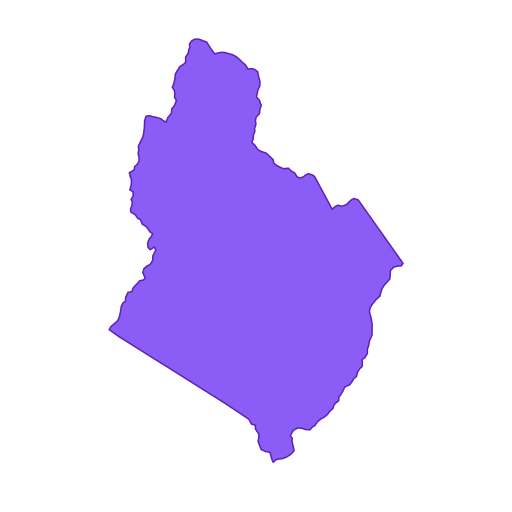 Nova Canaã, Bahia, Brazil (orthographic projection), rotated 15°
{"feature_id": "56859067B27684266688580", "entity_name": "Nova Canaã", "entity_type": "district", "adm_level": 2, "iso_a3": "BRA", "parent_name": "Brazil", "parent_adm1": "Bahia", "projection": "orthographic", "projection_center": [-40.194, -14.851], "detail": "fine", "context": "isolated", "style": "filled", "palette": "violet", "viewbox_px": 512, "rotation_deg": 15, "n_neighbors": 0, "source": "geoboundaries", "source_scale": "gbopen_adm2", "svg_char_len": 3218}
<svg xmlns="http://www.w3.org/2000/svg" viewBox="0 0 512 512"><g transform="rotate(15 256 256)"><path d="M291.3,415.5L295.1,419.5L299.2,419.7L300.1,423.0L302.2,425.1L304.8,427.1L305.7,430.8L305.9,434.3L308.4,438.0L311.2,441.6L315.9,442.4L320.1,442.0L322.4,445.5L323.9,448.3L326.0,450.7L328.2,447.5L330.7,446.1L333.7,445.0L337.6,442.3L341.1,438.3L343.2,434.2L341.1,430.1L338.9,426.1L338.2,422.6L335.8,421.0L336.3,417.7L337.6,414.2L341.2,411.1L345.3,410.6L349.2,410.8L353.2,409.8L354.6,406.8L356.8,404.5L358.2,400.3L360.7,396.8L363.5,394.1L365.7,391.1L367.5,386.9L369.8,383.2L369.9,379.7L371.3,377.0L373.3,374.5L372.7,370.8L374.0,367.2L374.9,364.0L375.7,359.4L379.8,356.2L381.3,352.5L382.2,349.2L384.2,346.4L384.1,342.0L385.4,338.0L387.1,335.3L386.4,331.7L385.3,328.6L387.4,326.1L388.8,321.4L387.7,317.3L388.0,313.4L387.6,308.5L388.1,305.2L388.5,302.0L387.5,298.4L386.5,294.2L385.6,291.2L384.2,288.2L382.9,285.4L381.2,282.8L379.7,279.6L379.8,275.7L381.2,271.7L383.3,267.0L386.1,262.6L386.0,258.4L386.3,254.5L387.7,250.2L389.6,246.9L391.2,243.5L390.6,239.7L389.6,235.4L391.9,231.1L395.7,229.0L398.9,227.9L399.9,225.0L340.1,175.3L335.7,175.1L333.6,177.1L331.9,179.6L330.1,182.8L326.3,185.7L321.9,185.7L319.5,188.0L317.5,191.1L291.9,163.9L288.8,163.0L285.1,163.0L282.9,165.0L281.1,167.5L277.8,169.4L275.1,168.8L271.9,165.8L268.0,164.7L264.5,162.8L260.3,164.5L257.3,164.2L253.5,163.4L249.4,161.9L247.5,158.4L245.0,157.0L242.1,155.5L238.9,153.9L234.1,153.7L230.3,152.8L226.6,149.5L222.5,147.3L223.0,144.1L222.2,139.6L222.7,136.0L221.6,133.3L221.9,128.9L220.4,125.3L220.2,121.6L222.5,117.6L221.8,113.1L222.1,109.3L218.9,104.5L215.4,102.5L215.1,99.2L214.9,95.1L215.7,90.5L214.5,86.1L211.9,81.7L209.9,77.5L206.0,76.0L203.0,76.2L199.9,77.5L196.2,74.0L193.0,72.6L189.9,70.8L185.7,68.7L181.2,67.6L177.7,67.6L173.2,67.5L169.5,68.3L166.8,69.8L163.6,71.4L161.4,69.5L158.2,67.0L155.8,64.8L152.8,62.0L149.5,61.8L145.0,61.3L140.8,62.3L138.0,65.1L136.9,68.4L138.0,71.4L137.7,74.4L138.0,77.6L136.5,82.2L137.9,86.8L136.5,89.4L133.4,92.8L132.1,97.0L131.0,101.0L131.7,105.0L132.0,110.0L131.5,114.7L134.5,117.5L135.6,120.6L136.3,123.9L138.9,126.5L138.2,132.1L136.5,135.7L137.4,139.9L135.0,145.2L134.5,149.8L131.3,149.3L128.5,148.0L123.9,147.9L119.8,148.2L116.8,148.0L113.6,149.5L113.4,154.2L114.2,157.8L115.0,161.3L115.6,165.6L115.9,169.9L114.9,175.3L113.9,180.3L115.3,184.0L115.6,187.4L117.5,191.1L118.5,194.5L117.6,198.0L115.6,201.1L116.1,204.1L114.2,206.3L112.1,208.2L113.7,211.5L115.9,214.4L117.1,219.4L117.0,224.8L120.6,225.7L121.8,230.0L120.7,233.7L122.6,235.9L123.1,239.3L122.6,243.3L124.0,246.1L128.5,247.3L132.0,250.2L135.0,250.8L137.9,254.7L141.7,255.8L144.5,257.6L147.2,260.1L150.4,261.2L149.9,264.0L148.5,267.0L147.9,271.4L149.4,275.5L152.1,277.3L155.5,273.8L157.7,276.2L156.9,279.6L156.3,282.8L157.4,286.8L155.9,291.7L153.2,293.9L151.0,297.3L151.0,301.4L152.9,303.8L154.8,306.0L153.3,308.5L150.1,309.9L148.9,312.6L147.0,315.8L145.4,319.2L145.4,322.5L141.8,324.2L140.8,329.4L141.5,333.3L139.6,335.9L138.9,339.5L139.5,344.8L139.8,350.3L139.1,354.4L137.1,357.4L134.2,361.6L133.3,365.2L144.8,369.5L147.9,370.4L186.0,382.2L193.4,384.4L206.4,388.4L264.1,406.3L291.3,415.5Z" fill="#8b5cf6" stroke="#5b21b6" stroke-width="1.5"/></g></svg>